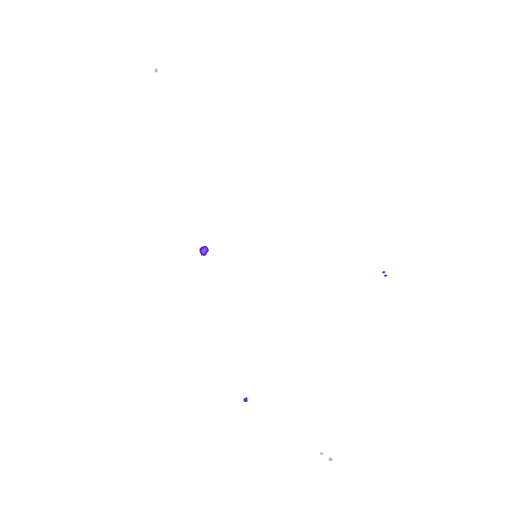 Pohnpei on a map of Federated States of Micronesia (Natural Earth projection), rotated 234°
{"feature_id": "FSM-4941", "entity_name": "Pohnpei", "entity_type": "state/province", "adm_level": 1, "iso_a3": "FSM", "parent_name": "Federated States of Micronesia", "parent_adm1": "", "projection": "natural_earth1", "projection_center": [156.635, 4.552], "detail": "fine", "context": "in_parent", "style": "filled", "palette": "violet", "viewbox_px": 512, "rotation_deg": 234, "n_neighbors": 0, "source": "natural_earth", "source_scale": "10m", "svg_char_len": 1538}
<svg xmlns="http://www.w3.org/2000/svg" viewBox="0 0 512 512"><g transform="rotate(234 256 256)"><path d="M293.8,220.0L291.7,221.0L289.0,220.5L288.2,217.1L286.9,216.1L287.2,214.4L289.1,213.0L293.1,214.2L294.6,216.6L293.6,218.3L293.8,220.0ZM49.0,197.3L48.7,197.9L46.5,197.7L46.1,197.4L46.3,197.1L47.4,196.9L47.5,196.1L47.0,195.9L47.5,195.5L48.3,195.4L48.8,195.9L49.1,196.6L49.0,197.3ZM465.5,283.4L465.9,285.5L463.5,284.5L463.2,283.7L464.6,283.0L465.5,283.4ZM57.6,193.7L57.0,193.9L56.7,193.7L56.8,192.6L57.0,192.2L57.6,192.2L58.7,192.5L57.6,193.7Z" fill="#d9dde1" stroke="#a8b0b8" stroke-width="1"/><path d="M292.9,214.7L293.1,215.1L293.4,215.3L293.8,215.2L294.2,215.0L294.7,217.2L294.7,217.6L294.4,217.8L293.6,217.7L293.4,217.8L293.5,218.2L293.8,219.0L293.9,219.5L293.8,220.2L293.4,220.6L293.0,220.8L291.2,221.1L290.5,221.0L290.2,220.6L289.4,220.9L288.9,220.5L288.5,219.8L288.1,219.4L288.3,218.8L288.3,218.3L288.2,217.8L287.9,217.4L288.0,217.2L288.1,216.8L287.1,216.7L286.9,216.0L287.1,214.6L287.5,214.2L288.2,214.1L288.8,213.9L288.9,213.0L289.7,213.3L289.9,213.6L290.3,213.3L290.5,213.3L290.8,213.5L291.1,213.6L292.1,213.5L292.4,213.6L293.0,214.1L293.4,214.5L292.9,214.7ZM146.4,162.0L146.8,162.3L146.9,163.6L146.7,164.4L146.6,164.7L146.3,164.9L145.7,164.1L144.8,163.6L144.2,163.4L144.4,162.8L144.6,162.1L145.0,161.8L145.2,161.7L146.1,161.6L146.4,162.0ZM164.2,348.7L164.3,349.4L163.7,349.8L163.6,349.2L164.2,348.7ZM167.5,350.4L167.4,349.7L168.0,349.3L168.1,350.0L167.5,350.4Z" fill="#8b5cf6" stroke="#5b21b6" stroke-width="1.5"/></g></svg>